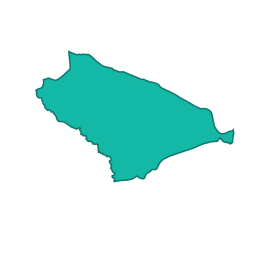 outline of Sai Thong Watthana, Kamphaeng Phet, Thailand, rotated 28°
{"feature_id": "78962969B33037447710265", "entity_name": "Sai Thong Watthana", "entity_type": "district", "adm_level": 2, "iso_a3": "THA", "parent_name": "Thailand", "parent_adm1": "Kamphaeng Phet", "projection": "orthographic", "projection_center": [99.868, 16.3], "detail": "fine", "context": "isolated", "style": "filled", "palette": "teal", "viewbox_px": 256, "rotation_deg": 28, "n_neighbors": 0, "source": "geoboundaries", "source_scale": "gbopen_adm2", "svg_char_len": 5503}
<svg xmlns="http://www.w3.org/2000/svg" viewBox="0 0 256 256"><g transform="rotate(28 128 128)"><path d="M227.0,91.7L225.4,87.8L224.4,85.0L224.0,83.7L223.7,82.6L223.5,82.2L223.2,81.9L222.7,81.6L222.1,81.0L221.8,80.3L221.5,81.2L221.2,81.8L219.6,83.0L217.6,85.3L216.3,87.1L214.7,88.5L213.3,89.4L210.6,89.4L207.0,88.1L203.5,85.9L200.8,82.8L196.5,77.5L194.6,75.4L192.4,74.3L189.2,74.2L186.0,75.1L183.5,76.7L180.9,77.0L176.9,77.3L170.0,76.9L158.8,76.8L157.2,76.5L154.9,76.4L152.3,76.3L149.2,76.4L143.8,76.7L138.0,76.8L136.0,76.0L134.8,75.4L134.2,75.3L131.7,75.4L128.2,76.2L126.0,76.9L121.8,77.6L120.5,77.6L119.5,77.7L118.8,77.8L118.1,78.1L116.8,78.9L116.4,79.0L114.8,78.9L104.5,80.0L99.1,80.4L98.0,80.4L97.8,80.4L97.0,81.2L96.2,81.3L95.6,81.7L95.6,81.8L95.0,82.1L94.3,82.5L93.8,82.7L93.3,82.8L92.8,83.0L92.3,82.9L91.9,82.8L91.6,82.7L91.3,82.7L89.1,83.4L88.6,83.9L88.3,84.0L88.2,83.9L88.1,83.6L88.0,83.3L87.9,83.2L86.6,82.9L85.2,82.8L85.0,83.1L84.9,83.2L83.6,83.5L82.5,83.8L82.0,83.8L79.6,84.5L78.0,84.9L76.9,85.1L76.1,85.1L74.1,84.8L69.1,84.0L64.7,82.7L61.1,81.9L59.0,81.6L57.7,82.2L56.8,82.5L55.7,83.2L55.1,83.4L54.4,83.7L53.6,83.9L52.7,84.8L52.1,85.3L51.8,85.5L50.3,85.8L48.8,87.1L48.2,87.4L46.9,87.6L45.1,87.8L43.1,88.1L40.0,88.2L40.4,89.1L44.9,95.8L46.6,98.3L48.4,101.4L48.9,102.6L49.0,103.0L48.7,104.6L48.3,105.7L47.5,108.0L46.6,110.6L45.9,112.7L45.1,114.3L44.6,115.5L43.1,118.3L42.2,119.5L41.6,119.9L40.9,120.2L37.0,120.9L34.6,121.2L34.2,121.3L33.9,121.6L33.0,122.9L32.4,123.4L30.6,125.1L31.5,126.2L32.5,128.1L32.7,128.9L32.8,130.1L32.8,130.6L32.9,130.9L33.0,131.7L33.1,132.3L32.9,132.9L32.5,133.5L31.6,134.5L30.6,135.5L29.6,136.8L29.2,137.4L29.0,137.9L30.0,138.7L30.7,139.5L31.0,140.6L31.5,141.2L32.9,142.6L33.8,143.1L34.5,143.2L34.9,143.3L35.2,143.2L35.6,143.0L36.0,142.8L36.3,142.5L36.5,142.3L36.9,142.2L37.2,142.2L37.4,142.2L37.7,142.3L37.8,142.5L38.4,143.2L38.9,143.8L39.4,144.3L41.1,145.7L41.5,146.1L41.9,146.5L42.3,146.7L42.9,146.9L43.4,147.2L43.7,147.5L45.1,148.8L45.7,149.2L46.0,149.3L47.9,149.9L49.1,150.1L49.3,150.0L50.2,148.9L50.3,148.9L50.5,148.8L51.0,148.9L52.2,149.7L52.6,149.9L52.8,149.9L53.5,149.4L54.2,149.1L54.6,149.1L55.0,149.4L55.7,150.1L56.3,150.3L57.4,150.6L59.0,151.5L59.4,151.8L59.9,152.4L60.6,153.2L61.4,153.7L62.3,154.3L63.5,154.8L66.9,153.3L68.3,152.9L70.1,152.8L74.4,153.3L74.8,153.3L75.3,153.3L76.6,153.7L83.2,153.1L83.9,152.0L84.3,151.6L84.4,151.3L84.6,150.9L84.8,150.6L85.2,150.4L85.4,150.4L85.7,150.4L85.9,150.4L86.0,150.6L86.1,151.0L86.0,151.3L86.1,151.7L86.1,152.0L86.3,152.3L86.5,152.6L87.0,152.9L87.6,152.9L88.8,153.6L88.8,154.1L89.1,154.9L89.2,155.5L89.4,155.7L89.8,155.8L90.0,155.7L90.7,155.1L90.8,155.1L91.8,155.7L92.0,155.9L92.6,155.7L93.6,154.9L94.1,154.9L94.7,155.0L95.2,154.8L95.3,154.9L95.7,155.4L95.7,155.6L95.7,156.5L95.7,157.0L95.8,157.2L96.0,157.4L97.5,157.9L98.3,158.0L98.9,158.5L99.2,158.5L99.5,158.4L100.4,157.9L101.1,157.1L101.3,156.9L101.5,156.8L102.1,157.3L102.7,157.7L103.2,157.8L103.8,157.8L104.0,157.9L104.4,158.4L104.5,158.5L104.9,158.2L105.5,158.2L106.6,157.8L106.9,157.6L107.1,157.1L107.3,157.0L107.8,156.9L108.0,156.9L108.4,157.1L109.3,156.8L110.1,158.2L111.1,159.7L112.0,160.4L112.0,160.6L111.9,161.1L111.9,161.3L112.6,162.0L112.9,162.3L113.2,162.9L113.3,163.0L113.2,163.3L113.3,163.4L113.5,163.4L113.9,163.2L114.3,162.6L114.5,162.4L114.8,162.4L115.0,162.5L115.5,163.0L116.4,162.9L116.6,162.9L117.2,162.3L117.3,162.2L117.5,162.3L118.1,163.0L118.3,163.1L118.5,163.1L118.7,162.8L119.0,162.6L119.6,162.6L120.0,162.7L120.7,162.4L120.9,162.5L121.3,162.8L122.0,162.7L122.3,162.9L122.6,163.1L122.8,163.2L123.0,163.0L123.1,162.6L123.8,162.3L124.2,162.0L124.4,162.0L126.2,162.1L126.4,162.2L126.8,162.7L127.5,163.0L127.7,163.3L127.8,163.4L127.9,164.6L127.3,165.4L127.7,165.7L127.4,165.9L127.3,166.1L127.3,166.3L127.6,166.7L128.0,167.0L128.5,167.1L129.0,167.3L129.3,167.5L129.4,168.0L129.5,168.1L129.8,168.2L130.7,168.2L130.8,168.2L131.1,169.3L131.6,170.0L131.4,171.1L131.4,171.3L131.5,171.5L132.7,172.3L133.8,172.6L133.9,172.8L134.6,173.7L135.3,173.7L136.1,174.1L137.4,173.9L137.6,174.0L137.8,174.2L137.9,174.5L137.9,175.2L137.8,176.0L137.1,177.0L136.5,177.4L136.4,177.6L136.5,177.7L136.9,178.3L137.1,178.8L137.3,179.0L137.6,179.1L137.9,179.0L138.8,178.6L139.0,178.6L139.7,179.3L140.2,179.7L140.3,179.8L140.5,180.2L140.5,180.4L140.4,180.8L140.4,181.0L140.6,181.4L140.9,181.8L142.6,180.4L143.4,179.8L144.3,179.3L145.7,178.2L148.0,176.6L148.9,176.2L150.6,175.1L152.9,173.5L153.3,173.0L154.8,171.9L155.5,171.2L156.4,169.9L158.4,166.4L158.7,166.2L159.2,166.2L160.1,166.5L161.3,166.6L162.2,166.6L162.8,166.4L164.8,166.0L165.4,165.7L165.6,165.5L165.9,164.9L166.0,164.4L166.0,163.9L165.7,159.6L165.9,159.2L166.4,158.5L167.0,157.8L167.6,156.6L168.1,155.5L168.6,153.8L168.8,153.5L169.2,153.0L169.7,152.8L170.3,152.7L170.8,152.4L171.3,152.0L172.4,150.9L172.6,150.6L172.4,146.5L172.4,144.3L172.7,142.3L173.1,140.9L173.8,139.4L174.8,137.7L176.5,135.4L177.9,133.4L182.0,128.9L184.3,126.5L188.1,122.4L194.4,115.9L201.5,107.1L208.1,100.9L213.1,97.8L213.8,93.4L214.0,93.4L214.4,93.7L214.8,94.0L215.0,93.9L215.4,93.5L215.6,93.5L215.9,94.2L216.2,94.4L217.0,94.4L217.5,94.7L218.0,94.9L218.2,95.1L218.6,95.2L218.8,95.1L219.2,95.2L219.5,95.2L219.8,95.1L220.2,94.9L220.5,94.9L220.6,94.6L220.9,94.5L221.8,94.5L222.5,94.2L223.0,94.3L223.2,94.0L223.7,93.8L223.9,93.8L224.5,94.0L225.0,93.8L225.5,94.0L225.5,93.8L225.5,93.5L225.5,93.3L225.7,93.2L226.2,93.2L226.5,93.1L226.6,92.7L226.7,92.0L226.8,91.8L227.0,91.7Z" fill="#14b8a6" stroke="#0f766e" stroke-width="1.5"/></g></svg>